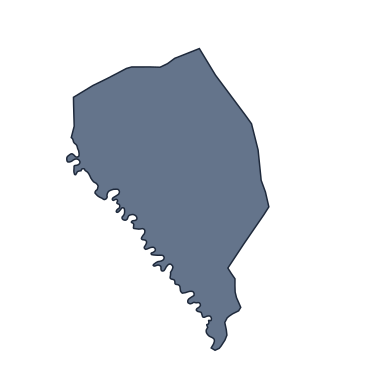 outline of Darxan, Darhan-Uul, Mongolia, rotated 326°
{"feature_id": "93677404B46985552714586", "entity_name": "Darxan", "entity_type": "district", "adm_level": 2, "iso_a3": "MNG", "parent_name": "Mongolia", "parent_adm1": "Darhan-Uul", "projection": "albers", "projection_center": [105.906, 49.46], "detail": "fine", "context": "isolated", "style": "filled", "palette": "slate", "viewbox_px": 384, "rotation_deg": 326, "n_neighbors": 0, "source": "geoboundaries", "source_scale": "gbopen_adm2", "svg_char_len": 5477}
<svg xmlns="http://www.w3.org/2000/svg" viewBox="0 0 384 384"><g transform="rotate(326 192 192)"><path d="M211.9,54.6L206.7,52.9L185.1,50.5L169.5,48.3L146.7,47.2L143.1,52.7L131.1,71.6L122.3,79.4L122.6,80.2L122.7,81.2L122.3,82.9L121.8,84.1L121.8,85.8L122.4,87.6L122.5,89.0L122.1,90.4L121.5,92.0L121.1,94.3L119.8,97.2L118.6,98.7L117.9,99.1L116.4,98.9L115.6,98.3L115.1,97.3L114.9,96.0L114.6,94.6L113.9,93.2L112.8,92.7L111.1,92.7L108.6,92.9L107.3,93.7L106.5,94.8L105.9,96.0L105.7,96.8L105.9,97.7L107.0,98.5L108.1,98.9L109.4,99.2L111.6,99.1L113.3,99.3L115.0,100.2L115.8,101.3L116.2,102.6L116.1,104.0L115.4,105.1L114.4,105.6L113.2,105.8L111.7,105.5L110.6,105.0L109.9,104.6L109.3,104.5L108.7,104.6L107.5,106.3L105.8,108.5L105.1,109.8L104.7,111.1L104.5,111.7L104.7,112.2L105.2,112.6L105.9,112.3L106.8,111.9L107.7,111.3L108.7,111.1L109.9,111.4L111.9,112.3L112.6,111.8L113.4,111.4L114.1,111.5L114.8,111.8L115.4,112.4L115.7,112.9L115.4,114.3L116.5,117.1L116.6,119.2L116.3,121.8L115.9,124.0L115.9,126.5L116.1,128.5L116.8,130.0L117.4,131.1L117.7,133.0L117.5,134.6L115.9,136.1L114.8,137.0L113.1,137.1L112.1,137.5L111.5,138.0L111.0,138.6L111.1,139.4L111.4,141.4L111.8,143.0L112.8,145.1L113.7,146.5L114.2,147.6L114.5,148.6L115.3,149.4L116.4,149.6L117.3,149.6L118.2,149.2L118.9,148.7L119.7,147.1L121.0,145.9L122.4,145.1L124.0,144.8L126.2,145.2L128.3,145.8L130.9,147.4L132.1,148.4L132.4,149.8L132.1,151.0L131.3,152.0L129.8,152.8L127.4,152.8L125.2,152.7L123.4,152.6L122.3,153.0L121.8,153.5L121.7,154.1L121.8,154.6L122.3,155.1L123.4,155.2L124.6,155.4L125.3,155.9L125.6,156.6L125.6,157.3L125.2,158.0L124.3,158.4L123.7,158.9L123.5,159.3L123.6,159.8L124.0,160.5L124.6,161.3L124.7,162.1L124.4,163.0L123.8,163.8L123.1,164.4L122.4,164.6L121.1,164.6L119.8,164.8L118.8,165.3L118.3,165.8L118.2,166.2L118.3,166.7L118.7,167.1L119.4,167.3L120.3,167.3L121.6,167.0L123.1,166.6L124.3,166.1L125.0,166.0L125.6,166.2L126.1,166.6L126.5,167.2L126.6,167.9L125.7,169.8L124.8,171.1L123.6,172.4L122.2,173.1L121.1,173.4L120.0,173.7L119.4,174.5L119.2,175.3L119.4,176.3L120.0,177.3L120.9,178.1L121.9,178.4L123.3,178.2L124.9,177.0L126.2,176.3L127.3,176.3L128.9,176.8L130.5,177.6L131.5,178.9L132.1,180.3L132.1,182.0L131.5,183.2L130.8,183.8L129.8,183.9L129.0,183.8L128.0,183.3L126.8,182.7L125.9,182.6L125.3,182.8L124.9,183.0L124.8,183.5L125.4,184.4L125.7,185.2L125.6,186.3L125.0,187.0L124.5,187.7L123.8,188.4L123.4,188.9L123.3,189.3L123.4,189.7L125.4,191.5L127.0,192.9L128.1,193.6L129.3,194.1L130.5,194.7L131.1,195.5L131.5,196.4L131.4,197.4L130.9,198.3L130.3,199.0L129.5,199.7L128.5,200.2L127.3,200.5L125.9,201.1L124.8,201.6L124.2,202.1L123.9,202.6L124.0,203.2L124.3,203.8L125.8,205.2L126.6,206.3L126.6,207.6L125.8,208.8L124.8,209.5L123.3,210.3L122.1,210.7L121.4,211.2L121.1,211.8L121.2,212.7L121.4,213.5L122.7,214.1L124.3,214.4L126.4,214.8L128.1,215.5L129.3,216.4L129.6,217.3L129.8,218.2L129.3,219.5L128.5,220.1L127.6,220.3L126.7,220.3L125.8,220.3L124.9,220.0L124.2,219.9L123.7,220.1L123.5,220.5L123.5,221.3L124.8,222.6L126.8,224.2L128.5,225.5L129.9,226.4L131.6,227.5L132.4,228.5L132.5,229.5L132.4,230.6L131.3,231.8L130.3,232.1L129.4,232.2L128.1,232.0L126.5,231.5L125.0,230.7L122.9,230.4L120.9,230.5L119.5,230.6L118.8,231.1L118.9,231.8L119.7,232.6L121.4,233.0L123.0,233.5L123.8,234.4L124.5,235.7L124.3,236.9L123.5,238.0L122.9,239.1L122.7,240.1L123.2,240.9L124.1,241.4L125.0,241.5L126.9,240.7L128.7,239.7L130.8,239.1L132.1,238.9L133.2,239.3L134.0,239.9L134.4,241.2L134.5,242.6L134.1,243.7L132.8,244.8L131.5,245.6L129.9,246.3L129.2,246.7L128.7,247.6L127.7,248.9L126.6,250.0L126.0,250.7L125.8,251.1L125.8,251.6L126.1,252.5L127.2,253.7L127.8,254.5L128.1,255.3L127.9,256.1L127.5,257.1L127.0,257.8L126.7,258.4L126.7,258.8L127.0,259.5L128.0,260.5L128.8,261.3L129.2,262.5L129.1,263.6L128.6,264.7L128.0,265.9L127.4,267.0L127.1,267.9L127.1,269.0L127.2,269.9L127.5,270.5L128.6,271.0L130.3,271.8L132.9,272.5L134.6,273.1L136.0,274.0L137.0,275.0L137.2,276.1L137.0,277.3L136.3,278.3L135.7,278.9L135.1,278.9L132.8,278.8L130.6,278.8L129.4,278.9L128.4,279.3L127.6,279.9L127.0,280.8L126.8,281.6L127.1,282.3L127.5,283.1L128.0,283.7L128.5,283.9L129.7,284.3L130.9,284.3L131.5,284.4L132.2,284.8L132.7,285.4L133.3,286.0L133.8,286.4L134.7,286.8L135.5,287.3L136.1,288.0L136.2,288.7L136.2,289.5L135.8,290.3L135.5,290.8L134.7,291.1L134.0,291.3L133.0,291.5L131.4,291.4L130.7,291.5L130.0,291.8L129.6,292.2L129.5,292.8L129.7,293.5L130.1,294.4L130.9,295.2L131.5,295.9L132.1,296.6L132.2,297.4L132.0,298.1L131.4,300.1L131.1,301.0L131.1,301.7L131.5,302.3L132.3,302.8L134.9,303.3L136.3,303.9L137.4,304.8L137.7,305.6L137.7,306.7L137.5,307.5L137.0,308.2L136.1,309.1L135.5,309.1L134.8,308.5L134.4,307.9L134.1,307.8L133.8,307.9L133.5,308.7L133.2,309.3L132.7,310.0L132.0,310.4L131.6,310.5L131.0,310.5L130.5,310.3L130.0,310.3L129.7,310.9L129.6,311.8L129.4,312.7L129.3,313.1L128.8,313.3L127.8,313.8L126.6,314.4L125.8,315.5L125.3,316.7L125.2,318.2L125.3,319.6L125.7,321.2L126.5,322.6L127.4,324.1L127.9,325.4L128.0,326.6L127.6,327.5L127.0,328.4L124.9,330.0L122.2,331.3L120.7,332.0L122.6,336.1L127.1,336.8L129.9,336.0L136.5,333.2L140.9,330.2L143.4,325.4L146.2,318.5L150.8,316.0L153.5,315.7L157.6,315.7L164.2,316.6L167.9,314.9L168.7,310.6L169.8,304.5L171.8,299.1L175.2,293.7L179.1,288.0L179.0,281.6L179.2,275.1L205.7,264.1L220.1,258.4L238.9,251.0L247.4,247.3L252.9,233.0L255.9,220.9L257.6,217.8L270.3,194.1L279.5,168.7L279.2,158.5L276.8,108.2L278.3,77.2L252.4,71.5L243.5,71.9L235.3,70.7L227.2,64.9L211.9,54.6Z" fill="#64748b" stroke="#1e293b" stroke-width="1.5"/></g></svg>